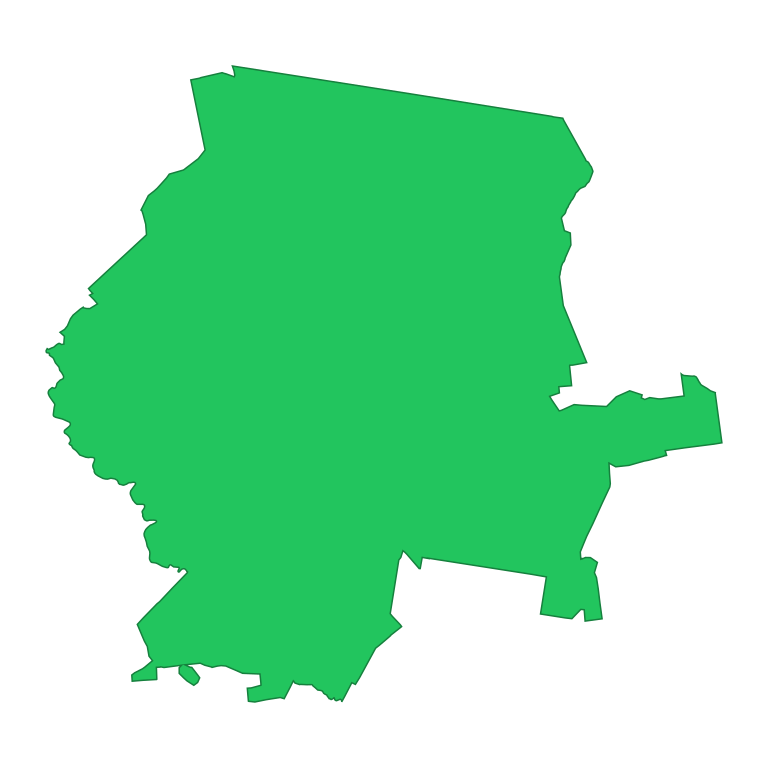 outline of Zalves pag., Neretas, Latvia
{"feature_id": "27541924B93655267023488", "entity_name": "Zalves pag.", "entity_type": "district", "adm_level": 2, "iso_a3": "LVA", "parent_name": "Latvia", "parent_adm1": "Neretas", "projection": "orthographic", "projection_center": [25.189, 56.336], "detail": "fine", "context": "isolated", "style": "filled", "palette": "green", "viewbox_px": 768, "rotation_deg": 0, "n_neighbors": 0, "source": "geoboundaries", "source_scale": "gbopen_adm2", "svg_char_len": 5974}
<svg xmlns="http://www.w3.org/2000/svg" viewBox="0 0 768 768"><path d="M144.7,667.2L142.5,668.8L134.8,672.7L131.8,675.0L132.2,681.2L142.9,680.3L156.6,679.5L156.8,679.3L156.8,679.0L156.4,667.3L160.2,667.1L160.5,666.8L164.0,667.5L181.6,665.2L179.2,667.7L179.2,673.4L183.8,678.0L187.0,680.9L193.8,685.3L197.6,682.5L199.7,677.8L197.6,674.9L191.8,667.4L189.9,667.2L184.9,664.8L200.3,663.2L204.7,665.2L211.5,667.0L212.0,667.4L217.3,666.1L221.1,665.6L225.8,666.0L242.6,673.3L260.0,674.0L260.8,682.1L261.0,685.0L260.9,685.3L251.3,687.9L247.3,688.2L248.4,701.2L248.6,701.3L254.9,702.0L266.1,699.7L280.2,697.5L284.2,698.7L290.0,687.5L293.3,680.8L293.9,681.4L294.7,682.8L295.1,683.1L299.6,684.6L300.6,684.4L306.9,684.7L311.9,684.6L312.4,685.0L313.0,685.9L315.1,687.6L317.7,690.0L321.0,690.5L322.5,691.2L323.7,693.3L325.0,694.2L326.8,695.0L327.1,695.8L329.3,698.8L330.1,698.7L331.0,699.5L331.3,699.5L332.7,698.9L334.0,697.8L334.3,698.1L334.8,699.6L335.1,700.1L335.7,700.5L336.6,700.7L340.2,699.2L340.9,699.6L341.3,700.0L341.7,701.0L341.7,701.9L344.8,696.2L351.8,682.7L355.4,684.4L359.6,677.6L375.6,648.2L379.3,645.3L388.0,637.9L390.6,635.6L390.6,635.3L401.6,626.6L400.5,625.0L392.4,616.4L390.2,613.7L398.8,560.0L400.8,557.5L402.9,550.7L404.5,551.9L406.8,554.2L419.2,568.6L420.2,568.6L422.2,557.4L428.5,558.5L428.3,558.2L531.5,574.3L546.4,576.9L540.5,614.0L565.2,617.9L571.9,618.7L580.8,609.4L584.2,609.7L585.1,621.1L602.1,618.8L599.9,602.7L598.2,588.7L597.1,581.6L596.5,577.6L594.4,572.7L597.4,562.4L590.4,557.6L585.5,557.5L582.0,559.0L581.8,558.5L580.8,559.1L580.3,551.9L583.7,543.5L586.7,536.3L592.8,523.8L602.3,502.9L609.8,487.0L610.3,483.6L609.5,473.2L609.0,463.1L615.7,466.8L628.9,465.4L643.9,461.1L648.3,460.3L658.6,457.6L664.0,456.1L664.9,455.4L665.2,455.7L666.6,455.4L665.2,450.6L684.9,447.8L714.0,444.1L721.9,442.8L715.2,393.1L715.3,392.6L710.4,390.8L707.4,388.6L701.6,385.2L700.7,384.4L699.4,382.2L699.2,382.2L698.0,379.8L697.8,379.8L697.6,379.1L697.0,378.2L696.4,377.2L695.8,376.7L694.0,376.0L692.9,376.2L691.0,376.1L684.0,375.5L682.3,374.8L681.2,373.9L684.1,396.0L661.0,398.9L658.6,398.9L649.7,397.6L644.8,399.5L641.3,397.9L642.1,394.9L629.7,390.8L616.3,396.8L606.6,406.5L581.9,405.3L574.1,404.6L561.2,410.4L559.2,410.9L551.9,400.1L549.6,396.3L559.4,392.9L558.8,386.7L571.6,385.7L569.6,365.9L569.8,365.2L572.8,365.1L586.7,362.6L563.3,305.6L559.4,276.9L559.6,275.8L560.1,274.0L560.1,273.0L560.5,270.9L561.0,269.1L561.2,266.9L562.3,264.0L563.1,262.4L563.9,261.7L564.4,260.6L565.0,259.1L565.1,258.2L570.9,245.0L570.3,233.0L564.4,230.7L561.4,218.1L562.2,216.5L564.7,213.9L565.5,212.6L566.1,210.5L566.9,208.5L567.8,207.4L568.9,204.8L570.5,202.3L571.0,201.1L572.5,199.3L573.1,198.4L574.4,196.1L575.9,192.7L577.4,191.5L578.9,189.7L580.5,188.3L585.0,186.4L587.0,183.5L588.9,181.8L589.6,180.4L591.4,175.8L592.8,171.9L592.9,171.2L591.4,167.0L590.3,165.5L588.6,162.6L587.8,161.8L586.3,161.0L585.7,160.4L585.7,159.7L563.7,120.3L562.8,118.2L553.4,116.9L551.9,116.4L542.6,114.9L414.0,94.4L232.4,66.0L234.1,71.1L234.8,75.4L234.2,76.8L225.6,73.7L225.5,73.8L222.1,72.7L200.9,77.6L199.5,78.2L190.8,79.9L205.1,150.0L198.3,158.7L183.5,170.0L169.3,174.1L166.5,178.0L157.2,188.3L154.3,190.9L148.4,195.5L141.0,210.1L142.0,210.9L143.2,214.7L145.7,224.2L146.5,234.8L88.5,288.5L89.9,290.4L92.7,293.5L89.5,295.2L93.7,299.4L97.5,303.9L89.8,308.6L86.3,308.5L83.4,307.8L83.2,307.2L80.4,309.0L73.1,315.1L70.5,318.7L67.4,325.9L64.6,329.4L60.0,332.3L64.4,336.3L63.9,342.2L63.9,344.1L61.5,344.5L59.9,343.6L59.3,343.4L58.5,343.5L56.6,344.7L54.1,346.9L53.2,347.4L51.5,348.0L50.5,348.6L50.3,348.5L48.9,349.4L48.5,349.4L47.2,348.6L46.2,350.4L46.1,350.9L46.2,351.8L46.4,352.4L46.8,352.7L48.9,353.1L49.4,353.5L49.5,354.0L49.4,354.6L49.5,355.3L52.8,357.6L53.6,358.7L55.4,362.8L58.9,367.0L59.3,368.2L59.5,369.4L59.8,370.4L61.7,372.7L63.2,375.4L63.6,376.5L63.4,378.2L62.8,378.9L60.2,380.1L57.4,382.9L56.9,383.7L56.2,386.4L55.6,387.5L54.7,388.2L54.1,388.3L52.5,387.6L52.0,387.7L49.1,390.1L48.4,391.5L48.2,392.7L48.3,393.7L49.2,395.9L50.1,397.4L54.5,403.7L54.8,404.9L54.2,407.4L53.3,414.4L53.4,415.6L54.0,416.4L55.7,417.3L62.3,419.0L68.7,421.8L69.6,422.3L70.1,423.0L70.4,423.8L70.3,424.8L69.8,425.8L67.9,427.6L64.8,430.1L64.3,431.1L64.3,432.2L64.7,433.1L66.5,434.2L67.8,435.3L68.9,436.5L70.0,438.2L70.4,439.3L70.5,440.5L70.4,441.5L69.1,443.4L69.4,444.2L70.5,445.1L71.5,445.4L72.5,447.7L73.3,448.6L75.7,450.3L77.0,451.6L79.8,455.0L85.8,457.2L88.6,457.6L90.2,457.3L92.8,457.5L93.6,457.7L94.2,458.1L94.5,458.8L94.6,459.7L94.3,461.2L93.4,463.3L93.0,464.5L92.8,465.8L92.9,466.7L93.1,467.7L94.2,470.2L94.2,471.7L94.7,472.9L95.7,474.2L97.9,475.8L102.9,478.4L105.4,479.0L107.7,479.1L110.8,478.2L114.8,478.9L117.0,480.1L118.1,481.7L118.5,483.2L119.6,484.3L120.5,484.4L122.9,485.1L123.9,485.1L126.6,484.1L128.8,482.7L130.6,482.7L133.3,482.2L134.3,482.3L135.3,482.9L135.5,483.3L135.6,484.0L135.3,484.6L131.2,490.2L130.7,491.1L130.3,492.8L130.3,493.7L130.5,494.7L132.8,499.9L135.0,502.7L136.6,504.1L137.2,504.3L142.9,504.3L144.3,504.9L144.7,506.1L144.5,507.3L144.3,508.1L142.3,511.1L142.1,511.8L142.8,514.4L142.7,515.3L142.7,516.1L144.4,519.7L146.5,520.8L147.6,520.8L149.4,520.2L153.8,520.1L156.0,520.5L156.4,521.0L156.5,521.6L156.0,522.3L155.2,522.9L151.7,524.7L150.4,525.1L147.6,527.5L145.8,529.5L144.8,531.4L144.1,533.5L144.1,534.7L144.3,536.1L145.1,538.1L146.4,542.1L147.2,546.2L149.6,551.0L149.9,553.3L149.5,557.6L149.5,558.6L149.7,559.6L150.6,561.4L151.1,562.0L151.8,562.4L155.5,562.9L157.4,563.6L162.3,566.3L166.2,567.5L167.4,567.7L168.2,567.5L168.4,567.3L169.1,565.8L169.5,565.3L170.1,564.8L170.7,564.8L173.7,566.9L178.8,567.3L179.2,568.1L179.1,568.5L178.2,570.5L178.0,571.2L178.2,571.7L178.5,572.0L179.0,572.0L179.5,571.7L180.6,570.3L182.2,569.0L183.8,568.7L184.5,568.8L185.3,569.3L186.5,570.6L186.9,571.5L187.5,571.8L187.4,572.6L172.1,588.4L159.6,601.7L157.0,603.8L143.3,617.9L137.3,624.4L144.2,640.7L145.2,642.6L147.3,646.4L149.0,656.2L152.5,660.7L144.7,667.2Z" fill="#22c55e" stroke="#15803d" stroke-width="1.5"/></svg>